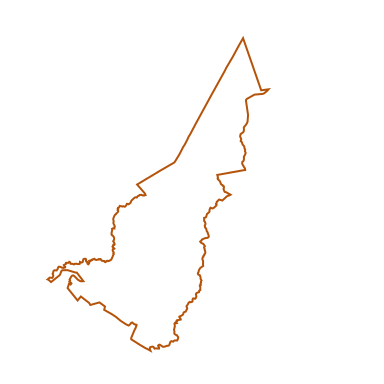 Turbo, Rift Valley, Kenya (Robinson projection), rotated 124°
{"feature_id": "3690345B72874132614538", "entity_name": "Turbo", "entity_type": "district", "adm_level": 2, "iso_a3": "KEN", "parent_name": "Kenya", "parent_adm1": "Rift Valley", "projection": "robinson", "projection_center": [35.133, 0.601], "detail": "fine", "context": "isolated", "style": "outline", "palette": "amber", "viewbox_px": 384, "rotation_deg": 124, "n_neighbors": 0, "source": "geoboundaries", "source_scale": "gbopen_adm2", "svg_char_len": 6150}
<svg xmlns="http://www.w3.org/2000/svg" viewBox="0 0 384 384"><g transform="rotate(124 192 192)"><path d="M345.2,262.8L345.0,261.9L345.5,258.5L335.0,255.2L334.4,255.2L330.4,256.1L329.5,255.8L328.7,254.8L326.4,251.5L323.8,243.2L323.2,242.5L326.7,232.2L327.9,233.8L328.4,234.8L328.5,237.8L327.6,242.0L327.5,243.1L327.6,243.9L328.2,244.5L329.1,244.8L332.9,244.6L333.3,243.7L333.9,243.6L334.6,243.7L335.1,240.9L336.6,240.9L336.8,242.7L341.2,241.4L345.9,226.2L340.8,225.7L341.5,215.3L342.5,213.1L335.3,207.0L335.6,200.1L338.8,198.9L338.1,190.0L338.1,185.0L338.7,179.2L338.6,172.7L338.2,170.0L337.6,169.6L335.7,169.3L334.3,169.2L333.6,168.6L333.9,166.1L333.6,165.0L333.1,163.8L333.7,163.3L334.4,163.3L336.2,162.7L339.0,162.4L346.5,160.9L347.3,160.6L348.1,160.0L347.8,148.8L347.4,142.5L347.2,141.8L346.8,137.7L345.9,139.0L345.2,139.5L344.3,139.9L343.6,139.6L342.4,138.4L342.0,137.6L342.1,136.9L342.5,136.3L342.8,135.4L341.8,134.5L340.7,132.4L340.2,131.8L339.5,132.2L339.1,132.6L338.8,133.5L338.3,134.2L337.4,134.0L336.6,133.4L336.6,129.5L335.4,128.1L333.4,126.7L333.1,126.1L332.3,125.4L331.5,125.3L328.9,126.0L328.0,126.1L327.2,125.7L326.9,124.8L326.7,124.0L325.6,123.8L324.8,123.4L323.3,121.2L321.8,121.5L321.3,121.8L320.6,121.9L320.0,122.3L319.7,123.4L319.2,124.2L319.4,125.1L319.5,126.6L319.3,127.4L318.7,127.9L317.6,128.4L316.5,129.7L315.0,130.4L313.7,130.8L312.4,131.5L311.7,132.3L310.7,133.0L310.0,132.9L309.8,131.9L309.3,131.4L309.1,132.1L308.6,132.5L307.8,132.1L307.3,132.8L306.6,132.7L305.7,131.5L305.1,131.2L304.6,130.5L304.0,130.0L303.5,130.5L302.9,132.4L302.4,132.8L300.4,131.6L299.2,131.1L298.4,130.9L296.8,131.5L295.9,131.3L294.6,130.3L293.2,130.6L291.6,130.7L290.9,131.1L290.3,132.1L289.7,132.7L287.7,132.6L285.6,132.9L285.0,132.5L284.4,132.4L284.2,131.5L283.0,130.5L282.3,130.4L281.3,131.2L280.3,131.5L279.5,131.5L279.1,130.7L278.9,129.8L278.1,129.5L276.1,130.0L274.6,131.6L273.7,131.8L272.8,131.5L271.1,130.2L270.5,130.3L269.9,130.8L269.2,130.7L268.6,130.3L266.0,132.1L265.6,132.9L265.0,133.3L264.2,132.7L263.0,133.8L262.3,133.7L261.2,134.5L260.0,134.6L259.3,136.2L257.9,137.2L257.5,138.0L256.7,138.7L256.9,140.8L256.4,141.5L255.7,141.8L254.8,141.8L253.1,142.5L250.9,142.7L250.2,142.6L247.0,141.4L245.7,142.5L242.9,144.3L242.1,145.6L241.6,146.1L239.9,146.6L239.4,146.3L238.6,146.8L237.8,146.5L236.9,147.0L236.0,146.7L235.1,146.9L234.3,147.4L233.8,148.1L233.1,148.6L232.6,149.5L231.9,149.9L231.6,150.6L231.1,151.1L229.7,151.0L228.7,153.5L229.0,156.6L228.5,157.5L226.8,157.0L226.1,157.2L224.6,156.5L222.6,155.0L221.5,153.7L221.0,153.3L219.6,153.1L218.2,154.5L217.3,156.0L216.7,156.4L216.2,157.9L214.4,159.8L214.1,161.3L212.6,162.7L211.4,162.8L210.7,163.1L209.5,164.6L209.2,165.8L208.4,166.2L206.7,167.5L205.6,166.6L204.9,166.3L201.8,167.3L200.9,166.9L200.3,166.9L198.9,166.5L198.0,166.8L197.0,167.5L195.3,167.9L194.6,167.8L194.3,166.0L193.7,165.5L192.4,164.9L189.7,164.3L188.9,164.4L188.7,165.2L188.2,165.6L187.5,165.4L186.2,166.0L185.4,165.7L184.4,165.6L183.1,165.3L182.1,162.1L176.2,160.7L175.0,160.1L173.9,159.1L172.7,158.5L173.1,163.6L173.6,164.7L173.5,165.3L172.1,167.3L171.4,167.8L170.7,167.8L169.5,168.8L169.7,169.7L169.2,170.4L169.4,171.5L169.2,172.4L167.5,174.8L166.9,177.7L166.4,178.4L165.7,178.3L163.7,180.6L144.4,160.7L144.1,160.2L143.4,160.6L142.9,161.3L142.5,162.0L142.2,163.0L141.7,163.7L141.5,164.4L140.8,165.7L140.2,166.4L139.5,166.9L138.7,167.1L138.0,166.8L137.2,166.7L135.7,167.3L133.8,168.7L132.3,168.8L130.4,169.1L129.6,169.4L129.1,170.0L128.6,170.8L127.0,171.8L126.6,172.7L125.0,174.2L124.3,176.7L122.8,178.5L122.6,180.1L120.8,180.6L118.9,183.3L116.8,184.1L113.9,183.0L113.0,183.0L111.2,183.8L109.8,185.0L108.7,185.2L107.2,184.9L104.3,184.9L102.6,185.3L96.8,188.6L85.8,198.6L84.7,198.7L83.8,198.4L76.8,194.9L76.2,194.5L71.1,188.2L70.1,187.5L66.3,186.3L64.1,186.0L69.0,191.5L35.9,235.7L45.0,235.0L56.9,233.8L70.3,233.0L72.7,232.6L101.3,230.1L133.0,227.1L145.1,225.8L148.0,225.7L151.6,225.1L156.9,224.5L159.4,224.5L167.9,223.5L176.4,223.1L177.7,223.3L192.1,230.3L216.5,241.7L219.5,230.4L220.5,228.8L221.9,229.9L222.0,230.8L222.6,231.3L222.6,232.2L223.7,233.8L225.0,234.0L225.5,234.5L226.1,234.7L227.5,234.7L228.0,235.9L228.7,236.4L232.5,237.3L233.7,237.3L235.6,236.9L237.7,237.8L237.8,238.6L238.3,239.4L239.6,239.1L241.2,239.2L241.9,239.6L242.3,241.2L243.0,241.6L243.9,244.1L245.2,243.9L246.0,244.1L246.5,244.5L247.1,244.4L247.2,243.7L247.8,243.5L248.6,243.6L248.9,242.6L249.4,242.3L250.7,242.3L252.2,242.8L253.0,242.6L253.6,243.0L254.9,243.1L258.0,242.4L258.7,242.0L260.3,240.4L261.6,239.9L262.1,239.4L263.1,237.6L263.9,236.6L264.7,236.7L265.6,235.9L266.7,237.5L267.2,237.7L268.7,236.6L269.5,236.4L270.2,236.0L271.0,235.8L271.5,235.3L272.3,234.9L272.5,234.3L272.6,232.8L273.4,231.0L275.3,229.9L276.9,229.8L277.2,229.2L277.3,228.5L277.9,227.9L278.2,227.2L278.9,226.8L279.6,227.0L279.8,227.7L280.6,227.6L281.1,227.2L281.8,227.3L282.4,224.7L283.2,225.0L283.7,225.6L284.4,225.4L285.1,224.8L285.6,224.1L285.7,223.3L286.3,222.8L287.0,222.8L287.3,222.1L288.8,222.0L290.2,221.6L292.6,221.2L294.1,221.3L294.8,222.0L295.5,222.2L296.0,222.6L296.3,223.7L296.8,224.1L297.4,224.0L297.9,224.4L298.7,224.7L298.7,225.3L298.2,225.7L298.3,226.4L298.7,226.8L299.4,228.4L299.1,229.1L299.1,229.8L298.7,230.3L299.6,231.6L300.2,231.5L300.4,232.1L301.8,233.2L302.1,233.9L302.2,234.9L301.9,235.5L303.3,236.6L304.0,236.5L304.3,237.3L305.1,237.4L305.5,238.0L306.2,237.5L306.7,237.8L306.9,238.5L307.4,238.0L308.2,238.0L308.7,237.4L309.3,237.4L310.0,237.6L309.9,238.4L308.5,240.1L308.8,240.8L308.4,241.4L307.1,242.1L306.9,242.8L307.2,243.5L308.2,244.4L309.4,244.2L309.9,243.8L311.4,243.5L312.3,244.1L312.6,245.8L314.3,244.9L314.9,245.3L315.9,246.8L316.1,247.8L317.1,249.0L317.7,249.1L318.2,249.7L318.2,250.5L319.4,252.5L318.4,253.7L318.6,254.7L319.2,254.6L319.9,254.9L320.7,256.2L321.3,256.8L322.0,256.3L324.3,257.4L324.8,256.5L324.9,255.3L325.5,255.0L326.9,256.2L327.3,257.1L327.8,259.6L328.5,260.7L329.3,260.8L331.3,260.3L332.6,260.3L333.1,260.8L333.6,262.1L334.3,262.5L335.1,262.6L336.5,262.1L337.0,261.8L337.8,261.8L338.7,260.4L339.2,260.0L340.8,259.8L341.4,259.9L342.5,262.1L345.2,262.8Z" fill="none" stroke="#b45309" stroke-width="2"/></g></svg>